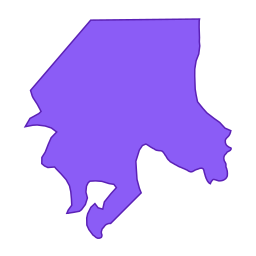 outline of En Pois Doux/Babonneau, Castries, Saint Lucia, rotated 88°
{"feature_id": "8701671B38196244900111", "entity_name": "En Pois Doux/Babonneau", "entity_type": "district", "adm_level": 2, "iso_a3": "LCA", "parent_name": "Saint Lucia", "parent_adm1": "Castries", "projection": "mercator", "projection_center": [-60.937, 13.989], "detail": "fine", "context": "isolated", "style": "filled", "palette": "violet", "viewbox_px": 256, "rotation_deg": 88, "n_neighbors": 0, "source": "geoboundaries", "source_scale": "gbopen_adm2", "svg_char_len": 5541}
<svg xmlns="http://www.w3.org/2000/svg" viewBox="0 0 256 256"><g transform="rotate(88 128 128)"><path d="M152.8,25.8L152.5,25.7L152.2,25.7L151.8,25.7L151.5,25.9L151.4,26.1L151.3,26.4L151.0,27.1L150.7,27.6L150.5,28.0L149.8,28.9L149.6,29.1L149.5,29.3L149.1,29.7L148.8,30.0L148.5,30.2L148.2,30.4L147.9,30.6L147.5,30.7L147.1,30.9L146.7,31.0L146.4,31.1L146.0,31.2L145.8,31.2L145.4,31.2L145.1,31.2L144.1,31.2L143.7,31.2L143.4,31.1L143.1,30.9L142.9,30.8L142.7,30.7L142.3,30.5L142.1,30.4L141.9,30.2L141.6,29.9L141.0,29.3L140.8,29.0L140.3,28.5L140.1,28.3L139.9,28.1L139.6,27.8L139.3,27.5L139.0,27.3L138.4,26.9L138.1,26.7L137.6,26.5L137.5,26.4L136.5,26.0L136.1,25.9L135.8,25.7L135.6,25.7L135.1,25.6L134.3,25.3L133.3,27.3L131.5,31.1L125.6,36.2L121.5,41.6L115.7,48.6L111.0,52.5L104.2,57.6L97.1,58.8L91.5,59.5L78.5,59.5L71.4,59.2L63.3,57.6L56.5,54.7L48.5,53.4L44.4,53.7L40.1,53.4L29.9,53.4L23.4,53.1L21.6,52.7L18.9,161.5L87.0,224.1L92.6,222.6L94.7,221.7L101.4,217.7L108.4,214.3L110.4,216.5L115.0,225.6L123.1,230.7L121.9,223.0L121.8,218.6L123.1,210.7L125.3,204.6L129.5,199.4L135.0,205.1L141.4,208.2L149.3,211.6L154.4,215.1L160.6,215.4L163.0,212.8L164.7,209.5L164.4,202.7L166.2,201.3L171.5,196.5L177.5,191.6L183.7,188.5L189.7,187.4L197.1,187.0L203.2,186.9L207.9,190.6L211.1,192.1L211.1,190.9L210.8,188.8L210.4,185.4L209.5,179.4L208.0,177.3L203.0,173.3L196.5,171.0L190.6,172.3L184.6,171.5L181.3,169.7L179.8,167.9L179.7,162.3L180.4,156.0L182.9,148.8L183.8,144.1L187.2,141.7L193.0,147.3L201.0,154.2L208.2,156.1L206.7,160.7L202.4,163.7L206.0,167.9L212.3,171.3L216.5,172.4L223.6,172.5L228.2,170.6L233.8,166.7L234.1,166.3L234.2,166.1L234.3,166.0L234.6,165.6L235.2,164.9L235.8,164.3L236.2,163.8L236.3,163.7L236.5,163.4L236.6,163.1L236.8,162.7L237.0,162.4L237.0,162.1L237.1,161.8L237.1,161.6L237.1,161.3L237.1,160.6L237.0,160.1L236.9,159.7L236.8,159.4L236.7,159.1L236.5,158.8L236.3,158.5L236.1,158.3L235.8,158.2L235.4,158.0L235.1,157.9L234.5,157.8L234.3,157.8L234.0,157.8L233.8,157.8L233.5,157.9L232.8,158.1L232.7,158.2L232.1,158.3L231.0,158.3L230.8,158.3L230.4,158.2L229.6,157.9L228.7,157.6L228.3,157.5L227.8,157.2L227.6,157.0L227.3,156.7L226.9,156.3L225.9,155.4L225.6,155.2L225.2,154.9L224.6,154.3L224.2,153.9L223.8,153.3L223.4,152.5L223.3,152.2L223.2,151.9L223.1,151.7L222.8,150.6L222.8,150.1L222.7,149.5L222.7,149.2L222.8,148.7L193.3,117.1L188.8,118.7L179.7,120.8L169.9,121.1L161.5,121.3L150.4,117.4L146.0,114.2L144.7,110.9L144.8,110.7L144.9,110.2L145.0,110.1L145.1,109.8L145.3,109.5L145.7,109.0L145.8,108.8L146.3,108.1L147.3,106.7L147.6,106.3L147.8,106.0L148.8,104.4L149.0,104.1L149.2,103.8L149.4,103.4L149.6,103.0L149.8,102.5L150.0,102.3L150.3,101.9L150.6,101.6L150.9,101.0L151.0,100.8L151.1,100.5L151.2,100.3L151.3,100.0L151.4,99.2L151.5,99.0L151.6,98.3L151.7,97.8L151.7,97.6L151.8,96.8L151.8,96.5L151.9,95.8L152.0,95.6L152.1,95.3L152.1,95.2L152.3,94.9L152.5,94.5L152.8,94.2L153.1,93.9L153.3,93.8L154.2,93.1L154.6,92.8L154.9,92.6L155.3,92.4L155.9,92.1L156.4,91.8L156.8,91.5L157.5,91.0L157.9,90.8L158.5,90.5L159.0,90.3L159.1,90.2L159.3,90.1L159.5,89.9L159.9,89.7L160.3,89.4L160.7,89.2L160.8,89.0L161.1,88.8L161.3,88.7L161.8,88.1L162.6,87.4L163.2,86.9L163.3,86.7L163.7,86.1L164.2,85.3L164.9,84.1L165.7,82.9L165.8,82.8L166.2,82.1L166.4,81.7L166.5,81.5L167.2,80.3L167.3,80.2L167.6,79.7L168.0,79.1L168.1,78.9L168.4,78.3L168.6,78.0L168.8,77.5L168.9,77.2L169.0,76.8L169.3,76.3L169.7,75.4L169.8,75.2L170.4,74.0L170.5,73.7L170.8,73.0L171.2,72.3L171.3,72.1L171.6,71.5L171.8,71.1L172.1,70.5L172.4,70.0L172.6,69.8L173.3,68.7L173.5,68.4L173.5,68.2L173.7,67.8L173.9,67.2L174.0,66.7L174.0,66.3L174.0,66.1L173.9,65.8L173.9,65.6L173.7,64.8L173.3,64.2L172.9,63.3L172.6,62.8L172.4,62.5L172.3,62.1L172.1,61.6L171.9,61.1L171.7,60.3L171.5,59.6L171.3,59.0L170.9,57.9L170.8,57.2L170.7,56.8L170.7,56.3L170.7,56.1L170.7,55.9L170.8,55.7L170.9,55.4L171.0,55.1L171.0,54.9L171.3,54.5L171.4,54.4L171.6,54.3L171.9,54.1L172.0,54.0L172.3,53.9L172.9,53.7L173.4,53.6L174.0,53.5L174.6,53.4L175.4,53.2L175.6,53.2L175.8,53.1L176.1,53.0L177.1,52.8L177.4,52.7L178.7,52.4L179.0,52.3L179.4,52.2L179.6,52.1L180.3,51.9L180.9,51.7L181.3,51.6L181.6,51.4L182.1,51.2L182.3,51.1L182.5,51.0L182.8,50.9L183.0,50.8L183.2,50.7L183.8,50.4L184.3,50.0L184.6,49.9L184.9,49.6L185.1,49.4L186.1,48.6L186.5,47.6L186.2,47.5L185.6,47.3L185.3,47.1L185.1,47.0L184.8,46.9L184.6,46.7L184.2,46.4L183.3,45.7L182.9,45.3L182.7,45.1L182.5,44.8L182.4,44.4L182.4,44.0L182.4,43.9L182.5,43.6L182.7,42.8L182.8,42.6L183.0,41.8L183.1,41.7L183.2,41.3L183.5,40.7L183.6,40.2L183.8,39.8L183.9,39.5L184.0,38.9L184.0,38.1L184.0,37.6L184.0,37.1L183.9,36.7L183.9,36.3L183.8,35.7L183.7,35.5L183.6,35.0L183.5,34.7L183.4,34.5L183.1,33.8L182.7,33.2L182.5,32.8L182.4,32.7L182.2,32.4L182.0,32.1L181.7,31.9L181.4,31.6L181.2,31.4L180.7,31.1L180.1,30.8L179.8,30.6L179.6,30.6L179.4,30.5L179.1,30.4L178.8,30.4L178.1,30.3L177.8,30.3L177.4,30.3L176.8,30.2L175.3,30.3L174.9,30.3L174.6,30.3L174.1,30.4L173.3,30.6L172.3,30.8L171.9,30.9L171.6,31.0L170.9,31.3L170.6,31.4L170.2,31.4L169.9,31.5L169.7,31.5L169.4,31.5L169.2,31.5L168.8,31.4L168.4,31.4L167.9,31.4L167.6,31.4L167.0,31.5L166.8,31.6L166.4,31.8L166.0,31.9L164.8,32.6L164.1,32.9L163.9,33.0L163.7,33.0L163.2,33.1L162.5,33.2L162.2,33.3L161.6,33.3L161.2,33.3L160.9,33.2L160.2,33.1L159.9,33.0L159.6,32.9L159.2,32.7L158.6,32.4L158.3,32.2L158.0,31.9L157.5,31.4L157.3,31.2L157.1,31.0L156.8,30.7L156.5,30.5L156.3,30.3L155.7,29.9L155.5,29.7L155.4,29.5L155.3,29.4L155.1,28.9L154.9,28.4L154.3,27.3L154.0,26.8L153.9,26.6L153.5,26.3L153.0,25.9L152.8,25.8Z" fill="#8b5cf6" stroke="#5b21b6" stroke-width="1.5"/></g></svg>